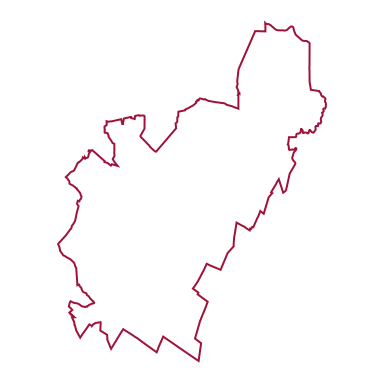 outline of Pachuca de Soto, Hidalgo, Mexico
{"feature_id": "50627088B83230284836349", "entity_name": "Pachuca de Soto", "entity_type": "district", "adm_level": 2, "iso_a3": "MEX", "parent_name": "Mexico", "parent_adm1": "Hidalgo", "projection": "equal_earth", "projection_center": [-98.775, 20.104], "detail": "fine", "context": "isolated", "style": "outline", "palette": "rose", "viewbox_px": 384, "rotation_deg": 0, "n_neighbors": 0, "source": "geoboundaries", "source_scale": "gbopen_adm2", "svg_char_len": 5886}
<svg xmlns="http://www.w3.org/2000/svg" viewBox="0 0 384 384"><path d="M178.4,111.7L178.2,116.5L177.3,117.4L177.3,121.1L177.2,121.9L176.9,122.4L175.6,123.3L176.1,128.3L156.2,151.6L155.5,151.6L154.5,150.9L153.1,149.7L149.9,146.7L149.1,145.3L147.5,143.9L147.1,143.4L146.2,142.4L140.8,137.0L140.5,136.5L140.5,136.0L140.6,135.6L144.3,129.0L144.5,128.6L144.6,116.9L144.6,116.3L144.3,115.9L143.8,115.5L140.4,115.5L139.9,115.8L139.5,115.7L139.0,115.3L138.4,115.2L135.1,116.0L134.7,119.0L131.1,118.0L131.2,117.0L131.1,116.9L123.9,118.5L123.3,121.7L123.1,124.0L122.2,123.9L121.2,119.2L111.8,121.3L108.1,121.7L106.6,121.2L106.7,125.0L104.5,126.5L104.6,129.2L104.8,129.4L104.6,130.9L104.7,132.6L107.6,133.2L108.6,135.9L108.5,136.7L111.5,141.1L112.6,143.1L114.3,143.8L114.4,150.6L114.2,153.2L114.5,154.8L114.5,155.9L112.7,159.0L114.2,161.6L117.6,165.9L111.9,164.2L110.9,165.6L107.4,162.9L104.4,162.0L104.6,161.0L101.1,158.0L94.6,152.2L92.1,150.1L91.6,150.6L88.9,150.3L88.5,151.0L89.2,151.6L90.0,152.1L89.0,153.4L88.5,155.4L88.4,156.3L88.2,156.8L87.5,157.6L86.4,158.0L85.7,158.0L85.4,158.0L85.0,157.4L85.0,158.4L84.9,158.7L82.9,157.3L82.4,159.0L80.4,161.1L79.0,162.0L78.8,162.5L77.8,162.7L75.1,168.5L74.0,170.4L73.4,171.0L71.3,171.8L70.5,172.3L67.9,175.1L65.8,177.1L67.0,178.1L68.5,180.2L69.1,180.9L69.4,181.8L69.5,183.6L69.7,183.9L73.1,185.6L74.5,186.8L75.1,187.1L75.4,187.6L76.1,188.2L76.7,188.3L76.8,188.8L77.0,189.5L77.8,189.9L78.8,191.5L79.6,192.2L80.5,193.9L80.7,194.6L80.8,195.5L81.5,196.4L81.2,198.3L80.8,198.9L80.1,199.6L79.4,200.7L79.3,201.3L77.8,200.8L77.0,203.7L78.6,206.3L77.3,210.7L76.5,213.9L75.9,217.3L75.0,221.0L73.2,224.2L72.2,225.4L71.7,226.3L71.6,227.4L71.2,228.5L70.4,229.2L65.7,235.6L58.6,243.3L58.1,244.1L59.3,246.7L59.9,249.3L60.1,250.8L63.4,255.5L64.9,256.0L65.4,256.5L66.6,257.2L70.3,259.2L73.6,262.3L74.4,263.5L75.5,267.0L76.2,267.7L77.4,285.2L78.8,284.4L79.2,284.8L79.6,286.0L80.1,286.7L80.7,287.1L81.6,288.5L81.6,289.3L81.9,289.8L82.2,290.5L83.3,292.1L86.1,293.2L86.5,293.5L86.7,294.7L87.0,295.1L88.5,296.1L89.9,297.9L90.2,298.6L91.3,299.5L92.6,301.0L93.0,301.1L93.3,301.3L93.7,302.2L94.2,302.6L94.1,303.1L93.9,303.3L91.7,303.7L90.9,304.2L89.5,304.7L88.2,305.6L87.9,305.8L87.5,306.3L87.5,306.5L87.3,306.6L86.8,306.3L86.3,306.4L85.7,306.9L85.3,307.0L82.8,306.5L81.9,306.2L80.5,305.3L79.4,304.4L77.8,303.6L76.8,303.3L74.4,303.0L72.6,302.3L70.6,301.2L70.4,301.4L69.9,302.4L69.4,304.0L68.9,306.6L71.6,309.1L72.3,310.0L69.3,312.6L71.1,314.7L71.3,314.3L73.7,316.4L73.5,316.7L74.3,317.3L72.0,317.4L73.2,320.1L74.1,321.7L74.4,323.3L74.4,324.9L74.9,325.3L76.2,330.4L80.2,337.7L82.1,334.7L89.4,324.4L91.7,325.9L91.8,326.1L93.2,324.4L93.8,324.0L94.4,323.8L95.4,323.0L100.5,322.2L100.7,323.1L100.3,330.6L107.1,334.8L107.1,336.2L107.4,337.7L107.2,339.5L107.4,339.7L108.3,342.2L109.0,343.6L109.1,344.2L109.5,345.0L110.0,346.4L111.1,348.8L119.1,335.7L123.2,329.2L133.4,335.7L135.8,337.4L136.3,337.5L147.3,345.6L156.7,352.3L158.7,346.9L163.2,336.6L184.7,351.5L198.6,361.0L201.1,343.2L195.0,338.6L200.0,321.3L202.8,314.2L202.8,314.3L205.4,308.0L207.7,301.7L197.6,294.3L198.4,292.6L192.9,288.6L197.7,281.7L204.0,269.7L206.7,263.8L210.3,265.5L220.6,269.8L226.7,255.3L227.5,253.2L233.7,246.3L233.6,244.9L234.1,237.9L236.6,222.6L241.4,225.3L243.6,226.3L245.1,227.2L245.7,227.9L249.7,230.4L250.2,228.6L251.0,229.0L252.3,226.9L253.3,227.2L256.9,219.0L258.7,215.3L260.3,211.0L263.7,213.8L268.7,197.2L272.3,193.1L271.1,192.3L276.2,183.8L277.1,182.0L278.8,179.2L283.2,192.7L285.1,191.3L285.8,190.5L286.1,189.9L289.7,173.6L295.2,164.1L295.3,163.6L295.3,163.0L295.1,162.5L293.0,160.1L292.4,158.8L292.2,158.3L292.2,157.8L293.8,152.5L296.0,149.9L296.2,149.5L296.4,148.9L296.2,148.4L296.1,148.2L295.5,148.0L294.6,149.1L294.2,149.4L293.1,149.7L292.3,149.5L289.7,149.9L289.4,149.9L289.0,149.5L288.9,148.8L288.8,146.9L288.7,146.8L288.6,145.6L288.3,144.8L287.8,144.5L288.3,143.0L289.0,137.2L294.7,137.2L295.9,137.0L296.1,136.5L296.3,135.6L296.3,134.5L296.5,134.2L296.9,133.8L299.1,133.4L299.7,133.2L300.3,132.4L300.6,131.9L300.8,130.9L300.9,129.4L300.9,129.1L301.3,129.0L301.9,129.3L302.6,130.4L302.8,131.4L302.7,132.5L302.8,132.8L303.1,132.9L303.5,133.0L304.7,132.5L305.3,132.5L306.2,132.6L307.7,133.4L308.2,133.3L308.7,132.5L309.0,131.0L309.5,130.1L309.7,129.9L310.1,130.0L311.0,131.3L312.4,132.5L313.7,132.6L314.0,132.1L314.2,131.6L315.2,130.4L315.6,129.6L315.6,128.1L315.4,127.0L315.5,126.5L315.7,126.3L316.0,126.0L317.9,126.1L318.1,125.8L318.1,123.8L318.2,123.5L318.9,123.3L319.4,123.6L319.9,123.6L320.4,123.4L320.9,122.7L321.2,122.1L321.2,121.4L320.8,119.6L320.9,118.6L321.0,117.9L321.5,117.1L322.1,116.4L322.5,115.7L322.7,114.2L322.6,113.8L322.1,113.1L322.0,112.8L322.1,112.6L323.1,112.0L323.7,111.3L323.7,110.7L323.2,109.4L323.3,108.9L324.3,108.4L325.2,108.5L325.8,106.8L325.9,103.5L325.7,102.8L325.1,101.9L325.0,101.5L325.1,100.4L325.3,99.4L325.4,98.9L325.3,98.4L324.9,98.0L323.5,96.6L323.2,96.4L322.6,96.6L322.3,96.5L322.0,96.3L321.2,95.1L321.0,94.1L320.7,93.1L319.3,91.8L319.2,91.1L310.9,89.8L309.6,82.0L309.5,70.0L309.3,68.6L309.5,65.4L309.6,43.2L308.9,42.4L306.6,41.0L303.0,40.8L302.1,40.4L296.1,35.1L295.4,34.0L293.8,30.0L293.5,28.1L293.2,27.3L292.5,26.7L291.6,26.4L290.9,26.5L289.1,27.9L287.4,29.6L286.1,30.3L284.4,30.6L283.0,30.3L278.2,30.3L276.9,30.1L275.6,29.5L271.6,26.1L270.7,25.2L270.0,24.8L268.9,24.2L266.0,23.8L265.2,23.0L265.4,26.1L265.4,31.4L255.2,31.1L238.8,68.7L238.4,70.5L237.2,81.6L237.7,83.6L237.0,86.3L236.6,87.0L238.3,90.7L238.2,91.8L239.4,92.8L239.5,93.5L239.5,93.8L238.4,93.1L238.2,94.3L237.8,95.2L238.4,95.7L238.4,108.7L237.5,108.3L234.2,107.2L231.9,106.2L226.6,104.8L225.0,103.5L223.6,103.2L216.0,102.2L209.0,101.0L206.9,100.2L205.0,99.1L204.1,99.5L200.0,98.4L198.9,99.3L197.8,99.9L198.4,100.4L198.0,100.7L197.5,100.3L196.0,101.7L196.3,102.5L196.0,103.0L193.1,105.4L188.5,108.0L185.2,109.6L185.1,110.3L178.4,111.7Z" fill="none" stroke="#9f1239" stroke-width="2"/></svg>